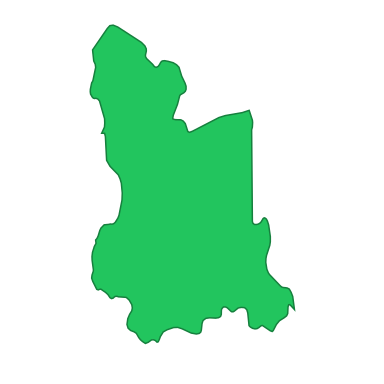 the County of Västmanland, rotated 277°
{"feature_id": "SWE-186", "entity_name": "Västmanland", "entity_type": "County", "adm_level": 1, "iso_a3": "SWE", "parent_name": "Sweden", "parent_adm1": "", "projection": "robinson", "projection_center": [16.24, 59.758], "detail": "fine", "context": "isolated", "style": "filled", "palette": "green", "viewbox_px": 384, "rotation_deg": 277, "n_neighbors": 0, "source": "natural_earth", "source_scale": "10m", "svg_char_len": 2832}
<svg xmlns="http://www.w3.org/2000/svg" viewBox="0 0 384 384"><g transform="rotate(277 192 192)"><path d="M280.0,238.8L270.6,243.2L268.3,243.7L263.7,244.0L261.0,243.6L170.2,255.5L168.3,256.3L168.2,256.6L167.4,257.9L167.6,259.9L168.2,261.7L169.5,263.3L170.8,264.3L174.3,265.8L174.9,266.4L175.2,267.2L174.8,268.2L174.1,269.2L172.1,270.5L168.6,272.1L157.2,275.2L152.2,275.8L148.5,275.7L138.2,273.7L135.0,273.5L131.1,273.8L124.5,275.7L121.1,277.6L119.5,279.0L109.8,290.8L108.6,292.6L108.3,294.4L108.4,296.3L108.3,298.3L107.5,300.4L104.5,302.6L100.6,304.7L87.8,308.0L91.4,303.8L92.1,302.7L91.9,301.7L89.7,301.3L83.0,301.8L80.6,301.0L78.5,298.9L74.9,294.5L70.8,291.9L64.3,289.5L63.3,288.6L63.8,286.6L68.1,278.2L67.9,277.4L67.2,276.4L65.5,274.8L64.3,273.2L63.8,271.2L64.1,268.6L65.2,266.2L66.3,264.9L78.7,262.1L81.9,260.7L83.6,258.3L83.5,255.1L82.6,252.1L78.8,248.4L78.1,247.4L78.0,246.2L78.0,245.8L78.2,245.4L81.4,241.1L82.0,239.2L81.7,237.2L79.8,235.8L78.2,235.6L74.0,236.0L71.9,235.5L70.5,233.7L69.7,230.9L69.3,224.9L68.3,221.2L65.8,218.6L62.6,218.0L55.8,218.1L53.9,217.7L52.5,216.4L51.6,213.6L51.9,208.4L55.0,198.9L55.9,194.4L55.2,190.2L52.2,184.0L49.6,180.5L44.6,178.2L41.5,177.5L39.2,176.7L38.7,175.6L40.1,173.7L40.6,172.0L40.3,169.9L37.5,166.9L36.0,164.2L37.6,161.0L39.1,158.8L40.9,157.0L44.9,154.0L46.1,151.7L47.1,147.9L49.0,145.2L52.6,143.6L58.4,143.7L63.0,145.0L66.7,146.7L69.6,146.9L72.8,146.0L77.0,142.9L78.7,140.6L79.4,139.4L79.0,131.5L79.3,130.6L79.3,129.7L78.8,128.1L77.0,126.6L76.4,125.1L77.1,123.5L80.0,121.0L81.9,118.3L84.5,113.3L84.1,112.0L83.4,110.9L83.8,109.3L91.2,104.4L94.3,102.9L97.4,102.9L101.4,103.7L102.8,103.6L112.0,101.2L115.8,100.6L120.0,100.6L126.1,101.7L129.3,103.0L132.6,102.2L134.2,103.3L136.9,104.2L142.6,105.2L145.2,106.1L148.7,108.8L149.7,113.3L150.3,114.9L150.3,116.4L150.9,118.0L152.5,119.5L157.0,121.6L160.0,122.4L175.4,123.5L182.5,122.9L192.1,120.8L196.3,119.0L200.1,116.7L207.4,107.6L213.0,103.4L236.4,99.3L239.6,98.1L239.3,95.2L245.8,97.2L249.7,97.0L254.1,96.3L271.1,89.1L272.9,87.1L273.3,85.1L272.9,83.7L273.2,82.5L274.1,81.4L276.8,79.4L279.1,78.8L281.6,78.6L287.9,79.1L288.6,79.3L289.5,79.8L290.7,80.1L303.9,81.2L307.0,80.4L310.1,78.5L320.9,76.0L344.0,88.0L347.1,90.2L348.0,93.4L346.7,98.2L334.3,123.6L331.3,127.4L328.6,129.1L326.4,129.5L322.2,129.1L320.4,129.5L318.8,130.8L313.9,137.4L312.0,139.3L311.6,140.1L311.4,141.3L312.5,143.1L314.5,144.2L317.0,145.2L318.4,146.4L319.0,148.7L318.8,152.4L318.0,157.6L316.4,161.2L314.2,163.9L305.8,167.6L299.2,171.8L296.3,173.2L293.2,173.6L291.2,173.1L289.5,171.8L287.3,168.9L286.3,168.1L277.2,166.9L266.1,164.1L263.6,163.9L262.3,164.0L261.9,165.2L261.8,167.1L262.3,172.1L261.3,174.7L259.1,177.0L251.5,180.5L250.9,182.3L252.4,185.1L269.2,209.7L271.9,215.7L276.9,232.2L278.5,235.6L280.0,238.8Z" fill="#22c55e" stroke="#15803d" stroke-width="1.5"/></g></svg>